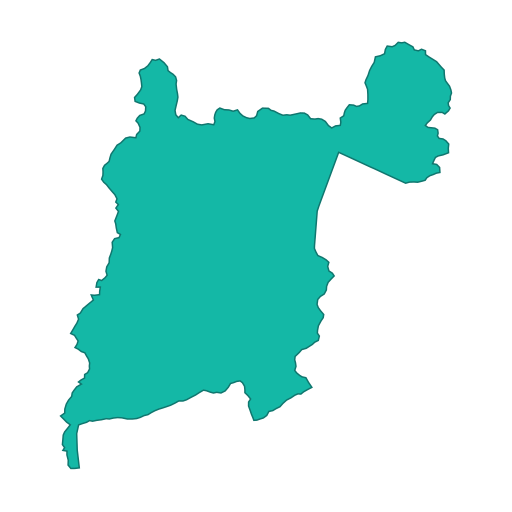 the district of Mimoso do Sul, Espírito Santo, Brazil, rotated 92°
{"feature_id": "56859067B70234229782601", "entity_name": "Mimoso do Sul", "entity_type": "district", "adm_level": 2, "iso_a3": "BRA", "parent_name": "Brazil", "parent_adm1": "Espírito Santo", "projection": "mercator", "projection_center": [-41.385, -21.065], "detail": "fine", "context": "isolated", "style": "filled", "palette": "teal", "viewbox_px": 512, "rotation_deg": 92, "n_neighbors": 0, "source": "geoboundaries", "source_scale": "gbopen_adm2", "svg_char_len": 5142}
<svg xmlns="http://www.w3.org/2000/svg" viewBox="0 0 512 512"><g transform="rotate(92 256 256)"><path d="M45.0,93.8L43.6,97.8L45.3,100.9L44.5,105.0L41.5,106.5L39.6,110.3L37.2,114.8L37.9,117.8L37.5,121.3L40.7,124.3L42.1,127.2L41.6,132.2L45.0,133.9L49.4,134.6L51.5,138.7L52.8,143.6L58.4,144.6L62.5,147.0L66.6,148.9L71.5,150.3L76.2,152.3L79.1,153.1L81.7,151.9L85.5,150.3L90.7,149.8L95.8,149.6L99.6,149.8L100.3,154.7L102.4,157.9L103.0,160.8L101.8,163.7L101.6,168.0L104.6,170.2L107.2,171.9L109.9,172.7L112.8,173.2L115.2,176.6L119.3,175.9L122.5,176.3L123.2,181.0L125.4,184.8L123.1,188.2L119.1,191.4L117.0,195.1L116.5,198.7L117.1,201.9L116.9,206.2L113.2,209.3L111.5,212.7L111.5,216.6L112.4,220.0L113.3,223.6L114.1,226.8L113.8,230.2L114.4,234.0L112.9,238.1L110.5,243.1L109.9,246.1L108.0,248.7L108.0,254.7L111.5,259.3L115.8,260.3L118.1,262.6L118.8,267.0L118.1,270.4L116.5,274.0L114.0,277.0L110.6,279.6L112.1,283.9L111.0,288.1L110.9,292.8L109.4,297.3L111.3,299.9L113.8,301.3L116.5,302.1L119.6,302.5L123.1,301.7L126.3,302.8L125.5,308.5L126.9,314.8L126.3,319.2L124.1,323.4L121.9,328.9L118.8,331.8L117.8,335.7L120.5,338.5L117.6,341.1L113.3,342.0L108.6,341.1L103.7,340.1L100.0,339.6L96.7,340.1L92.3,341.1L86.9,341.9L83.4,341.5L79.8,342.6L77.3,345.2L75.6,348.0L73.8,350.4L70.0,351.1L66.0,354.7L62.5,359.4L64.0,363.2L63.3,366.6L66.2,368.3L69.7,370.7L72.5,374.0L74.2,378.1L77.2,379.2L80.3,377.9L83.6,377.1L86.5,376.6L90.7,376.0L94.1,377.1L98.6,380.2L101.8,382.9L105.7,382.2L107.2,377.9L108.0,373.5L110.7,371.4L115.0,371.5L117.9,372.8L119.6,377.1L122.5,379.5L125.1,380.7L127.4,378.4L131.5,376.4L135.2,376.4L138.7,379.5L142.0,380.2L141.5,386.2L142.7,390.4L147.7,395.1L150.1,398.7L154.8,401.5L159.3,404.4L163.1,405.4L166.6,406.1L168.7,408.2L170.6,410.5L173.8,412.1L177.3,411.8L180.8,411.8L184.6,413.0L187.6,410.7L189.9,407.9L193.5,404.9L197.4,401.3L199.6,399.2L203.7,396.9L207.0,398.0L209.4,395.4L213.0,397.7L216.2,395.0L219.6,396.1L225.9,398.3L228.8,397.3L232.8,396.6L237.5,395.4L239.2,392.2L242.4,393.5L243.6,397.9L247.3,400.2L252.6,399.6L256.1,400.3L259.3,401.2L263.1,402.5L267.8,402.5L272.1,404.8L276.5,405.4L280.4,404.1L283.0,406.1L285.9,409.4L285.0,412.4L288.2,414.1L292.7,414.7L292.5,410.5L296.7,411.0L300.1,411.0L300.9,416.1L300.7,419.3L305.7,417.0L308.7,420.4L314.6,427.0L319.2,429.6L321.2,432.5L325.3,431.1L329.4,432.7L332.3,434.4L335.7,436.2L339.9,438.5L341.6,434.6L344.3,432.8L347.1,430.8L350.6,431.8L353.8,433.7L355.3,430.4L357.6,427.2L358.7,423.7L361.9,421.8L364.6,420.0L368.7,418.5L371.8,418.7L374.7,418.4L378.5,420.2L380.4,423.1L384.0,423.1L386.0,426.5L388.1,429.0L390.1,426.0L393.0,430.6L396.6,433.2L399.3,434.9L402.8,435.3L406.6,438.3L410.6,440.4L415.6,441.7L419.7,441.7L422.7,445.7L425.8,442.4L428.6,439.5L431.2,435.7L434.8,438.3L438.5,441.1L441.7,442.4L446.3,442.6L451.2,442.9L454.2,440.6L457.0,442.2L457.6,438.1L461.4,438.0L466.6,436.5L471.5,436.5L474.8,433.6L474.6,429.6L473.9,425.2L456.2,427.9L439.7,429.0L435.9,428.3L431.0,427.4L429.5,423.6L428.1,419.5L426.3,416.6L426.8,413.6L425.8,409.5L425.0,404.7L423.8,400.0L424.0,396.9L422.9,392.8L422.3,388.7L422.4,384.4L423.4,378.8L423.2,373.9L422.6,369.6L421.3,366.0L419.4,362.3L418.3,358.4L416.2,355.3L414.1,351.6L412.4,347.8L411.1,344.0L409.8,340.5L408.1,336.1L405.8,331.8L403.6,328.2L403.4,323.8L402.1,320.4L400.5,317.7L399.0,315.1L397.0,311.5L394.4,307.8L391.9,303.8L392.4,300.7L393.6,297.1L394.4,293.8L393.6,290.5L394.1,286.2L391.9,282.1L388.1,279.1L384.3,277.0L383.3,273.9L382.0,270.9L381.4,267.5L383.1,265.1L386.6,262.9L390.2,262.4L393.0,262.3L395.8,259.2L399.1,256.4L402.2,258.3L406.2,258.2L410.4,256.5L414.1,255.1L417.6,253.5L420.3,252.4L420.0,249.4L418.8,246.4L417.6,243.0L415.0,239.7L410.9,237.7L409.9,233.8L407.8,230.6L405.8,226.8L402.4,224.0L398.9,220.4L396.5,216.1L393.8,212.4L392.3,209.3L392.4,206.3L390.1,203.7L387.8,200.0L385.3,195.6L380.5,199.1L375.9,201.9L375.2,205.7L373.8,208.2L371.5,211.2L369.0,213.3L364.9,212.2L361.4,212.8L358.4,213.7L355.0,213.4L350.9,209.4L347.9,207.0L346.5,202.6L344.1,199.1L342.4,196.6L340.1,194.3L338.2,190.8L333.8,189.9L330.9,192.0L328.0,191.9L323.5,191.2L318.5,188.7L315.3,186.7L312.1,186.3L308.6,189.5L305.4,192.0L302.2,193.3L297.3,192.8L294.2,190.3L291.6,186.5L287.5,184.5L283.9,184.4L279.8,183.0L276.5,180.2L273.2,177.2L270.5,179.1L268.4,182.6L263.9,184.0L259.8,183.0L257.4,185.8L255.2,189.7L253.4,194.2L249.8,196.3L246.4,197.9L243.5,197.9L209.0,196.4L203.5,194.8L149.5,177.0L151.4,172.4L156.1,161.2L163.1,144.6L164.4,141.3L166.2,137.0L169.7,128.8L178.0,109.0L176.8,105.2L176.5,100.8L176.6,97.0L175.4,92.7L174.4,89.6L171.8,88.0L169.7,85.1L168.4,81.7L166.9,78.6L166.1,75.1L161.1,75.6L158.2,78.6L157.6,82.8L153.8,81.3L151.2,80.1L149.6,77.3L148.4,72.7L146.1,67.2L141.7,67.6L137.4,67.3L134.2,70.3L132.5,73.2L132.1,77.1L129.7,78.9L126.9,78.3L123.5,78.9L122.0,81.7L121.7,85.7L121.5,88.7L119.6,91.3L117.0,89.5L114.0,86.4L110.8,84.7L108.4,82.8L106.2,79.7L106.0,74.9L107.5,72.2L104.2,68.7L101.4,67.2L99.0,68.8L96.2,69.3L92.9,67.3L89.4,67.3L86.3,66.3L83.3,67.0L79.6,68.5L76.6,70.9L74.3,72.7L71.6,73.6L67.6,74.2L63.6,74.5L60.8,77.4L58.0,80.0L55.5,82.3L53.7,85.4L51.1,90.0L48.8,93.6L45.0,93.8Z" fill="#14b8a6" stroke="#0f766e" stroke-width="1.5"/></g></svg>